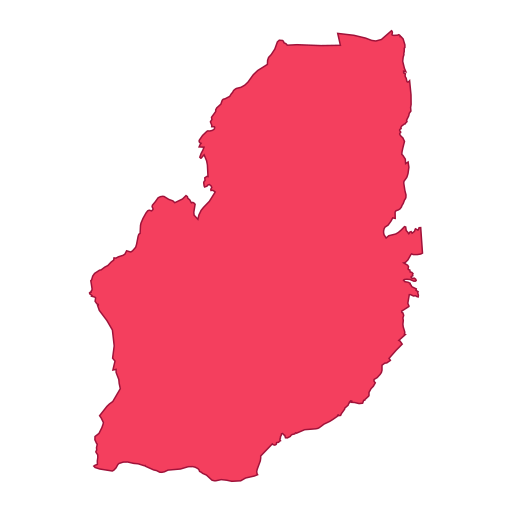 outline of Porumbeni, Harghita, Romania
{"feature_id": "2599482B64869304081158", "entity_name": "Porumbeni", "entity_type": "district", "adm_level": 2, "iso_a3": "ROU", "parent_name": "Romania", "parent_adm1": "Harghita", "projection": "orthographic", "projection_center": [25.126, 46.271], "detail": "fine", "context": "isolated", "style": "filled", "palette": "rose", "viewbox_px": 512, "rotation_deg": 0, "n_neighbors": 0, "source": "geoboundaries", "source_scale": "gbopen_adm2", "svg_char_len": 5998}
<svg xmlns="http://www.w3.org/2000/svg" viewBox="0 0 512 512"><path d="M257.6,474.7L257.0,473.6L256.7,471.5L257.2,469.3L260.3,460.9L260.7,458.1L260.7,456.0L272.3,443.9L272.9,444.5L274.4,445.1L275.6,444.8L276.3,444.2L276.6,442.6L278.6,442.3L279.5,441.2L280.5,440.7L279.8,439.2L280.5,437.9L280.3,437.1L281.3,435.2L281.5,433.8L282.6,433.5L284.0,435.0L284.7,435.3L285.5,437.8L287.4,437.9L290.3,436.4L290.9,435.4L292.1,434.5L294.8,433.9L295.1,433.3L295.8,432.8L296.5,433.2L304.6,429.7L315.8,428.8L317.8,428.4L319.2,427.7L324.0,424.1L329.7,421.4L332.6,419.6L337.2,416.4L337.9,415.0L338.2,414.9L338.5,415.7L340.6,415.4L341.4,413.6L344.6,409.2L344.7,408.2L348.1,405.2L348.8,403.3L349.4,402.9L349.5,402.0L350.8,400.8L351.8,401.2L351.3,402.3L354.6,402.5L359.1,403.6L362.6,403.2L363.7,400.3L364.8,400.2L365.0,399.5L368.7,396.1L369.0,395.3L369.0,392.4L371.0,388.7L373.4,386.2L375.3,382.8L374.2,381.5L374.0,380.7L374.1,379.4L377.2,377.6L380.1,374.4L381.4,372.5L382.0,370.2L382.0,365.2L384.7,363.2L386.8,362.9L390.1,360.6L390.4,360.3L389.0,358.4L396.0,350.4L402.2,344.1L400.0,341.0L398.8,340.4L405.4,334.5L404.4,334.1L404.8,332.2L403.2,326.8L402.9,324.2L403.3,320.4L402.9,318.0L403.7,315.3L402.8,312.8L401.9,312.5L401.7,311.1L408.9,306.5L409.0,306.1L407.8,303.3L409.3,294.6L410.5,294.6L413.5,296.0L415.4,295.7L417.1,296.7L418.2,296.9L418.4,295.2L417.7,292.8L418.1,291.7L416.0,290.3L416.3,288.9L412.0,286.8L411.5,286.3L411.3,285.4L410.1,284.2L410.2,283.3L408.0,282.2L404.9,281.7L403.5,280.2L404.3,279.5L406.7,279.2L410.0,279.5L413.9,281.2L415.6,281.1L416.2,280.4L415.7,279.2L414.3,278.1L412.5,278.4L411.2,277.6L411.2,276.6L412.8,275.7L412.5,274.6L413.0,273.6L411.7,272.3L410.2,272.0L409.8,270.0L408.4,269.5L408.1,268.8L408.5,266.6L407.6,265.2L403.7,262.9L405.4,262.4L407.9,259.9L410.8,254.7L411.6,253.9L413.4,254.6L417.3,254.6L420.8,254.0L422.5,253.1L420.7,227.6L419.1,227.7L418.5,229.5L417.9,230.1L415.5,228.8L415.2,229.2L414.5,231.3L412.1,233.2L411.1,231.6L409.7,232.2L409.1,233.6L408.7,233.8L407.8,232.3L406.2,230.5L405.7,227.0L404.5,226.6L401.2,230.0L398.3,232.5L395.7,234.0L388.8,235.7L386.1,238.0L384.0,234.7L383.6,232.7L383.6,230.9L384.1,228.8L384.9,227.2L388.1,225.1L391.0,221.1L392.7,217.9L395.2,218.4L395.1,212.1L396.0,210.7L398.2,210.0L400.0,208.9L401.5,206.9L401.9,205.6L403.2,203.5L404.6,199.8L405.4,198.8L405.9,197.5L406.0,194.9L404.9,190.6L403.8,183.5L403.8,182.0L404.1,181.1L406.7,177.5L407.2,176.2L408.0,173.6L408.9,167.2L408.1,162.0L405.6,163.6L405.3,159.1L402.9,155.4L401.8,154.4L402.0,151.9L402.8,148.1L404.5,141.4L402.8,137.8L401.1,136.3L399.7,134.4L399.7,133.3L400.6,132.6L400.7,132.0L399.7,130.7L399.6,130.1L399.7,129.5L401.1,128.6L400.8,127.7L401.6,126.1L404.4,124.0L405.3,123.8L405.9,122.6L406.8,121.9L407.0,121.5L406.6,120.4L406.7,119.9L408.7,115.9L409.3,113.2L410.9,111.1L410.6,107.5L411.1,104.5L411.0,94.9L409.6,80.7L408.5,81.9L407.5,82.0L406.9,81.5L406.2,78.2L405.3,76.8L405.1,75.1L405.4,73.8L403.7,73.0L403.6,71.2L405.9,71.8L404.4,68.3L402.7,61.3L403.2,56.9L403.9,54.8L403.8,53.4L404.2,51.6L404.3,48.1L404.9,47.5L404.9,44.9L403.1,38.9L401.0,36.6L400.1,36.6L400.2,35.8L399.4,35.0L398.6,34.7L397.5,35.2L393.8,35.4L392.3,35.1L392.0,34.7L392.4,32.4L392.1,31.3L391.5,30.7L381.4,39.5L375.8,41.0L371.6,40.4L365.6,38.1L353.9,35.3L337.7,33.4L340.4,45.3L320.9,45.6L297.0,44.7L287.3,45.2L286.1,43.8L283.9,42.7L283.5,41.4L282.6,40.5L279.3,40.2L277.4,41.9L274.8,49.1L271.3,54.5L268.6,57.4L267.6,60.3L267.4,64.4L257.7,70.5L253.3,74.7L247.9,82.2L244.7,85.2L241.0,87.3L236.5,88.4L235.4,89.0L233.6,90.5L232.6,92.4L231.4,93.7L229.7,96.4L225.0,98.8L223.3,99.2L222.5,99.9L222.0,100.8L220.9,104.1L216.8,107.8L215.7,109.8L215.7,111.5L211.5,117.3L211.9,119.5L210.4,121.8L211.8,125.3L211.7,126.7L214.5,126.8L214.7,127.5L214.3,129.1L212.3,130.4L209.8,131.0L207.7,130.9L206.8,131.4L202.6,135.4L199.2,140.3L199.2,141.8L200.2,143.0L201.1,143.3L199.9,145.0L199.1,146.9L204.0,147.2L202.8,150.3L201.1,153.5L199.8,157.2L200.8,158.2L201.2,158.1L204.1,154.8L206.6,160.8L207.4,164.9L208.0,176.6L206.9,176.4L204.8,177.8L205.0,180.6L204.1,181.4L203.7,182.7L204.1,185.9L204.6,187.0L206.9,186.2L208.1,184.9L209.3,184.5L211.1,185.9L211.8,187.4L210.8,189.3L211.0,190.5L212.3,190.3L213.5,190.7L215.2,192.0L209.4,201.3L203.5,207.4L201.1,210.4L198.9,215.0L197.9,219.3L194.1,215.2L193.8,212.3L195.1,204.3L194.3,203.3L192.8,202.4L191.4,202.8L189.6,199.7L187.9,198.4L187.4,196.6L186.0,195.6L182.5,199.0L174.8,202.7L172.9,200.9L168.8,199.4L164.1,196.5L162.7,196.3L160.3,196.7L158.1,197.8L155.1,202.0L152.4,205.2L152.1,206.7L153.0,208.6L153.0,209.5L151.6,210.9L149.2,210.2L147.7,210.8L146.0,213.0L143.0,218.4L141.0,223.1L140.5,225.4L140.1,233.4L138.8,234.3L138.1,236.4L136.6,244.2L135.7,247.2L132.6,250.8L130.8,252.0L126.6,250.8L124.9,254.1L123.1,255.3L118.4,256.8L116.0,258.1L114.0,257.9L113.7,260.1L111.2,262.0L107.9,265.5L104.8,267.1L101.1,269.9L99.5,270.2L94.6,273.4L92.7,276.1L91.6,279.9L90.8,280.7L92.1,289.0L91.8,290.4L91.0,291.3L91.2,291.8L91.1,292.3L90.0,292.4L89.5,292.9L89.8,293.9L91.9,295.4L91.5,296.2L94.8,297.1L95.6,297.9L95.1,301.3L97.0,304.0L98.2,304.4L98.3,305.1L97.6,305.5L99.3,310.4L106.9,320.5L112.4,330.0L114.2,345.9L112.6,358.2L115.0,361.1L112.9,370.0L116.1,369.4L116.1,372.4L118.8,379.5L119.2,383.5L120.3,388.7L112.8,401.5L109.4,404.0L106.9,406.4L99.6,415.7L101.2,418.0L103.4,422.5L103.1,424.1L101.8,427.8L99.0,433.4L95.0,436.5L94.9,439.8L96.7,443.7L97.3,444.2L96.5,447.6L96.7,450.1L95.9,451.5L96.0,452.3L97.7,454.8L97.8,457.5L97.3,461.0L97.4,464.4L95.1,465.2L93.8,466.1L95.1,467.5L99.7,469.0L112.3,471.0L113.8,470.2L116.0,467.9L117.8,464.6L118.9,463.5L123.2,462.1L127.6,462.0L133.7,463.4L138.2,463.8L144.5,465.8L145.0,465.5L145.6,466.3L153.6,469.9L156.6,470.6L159.7,472.2L161.8,472.3L164.4,471.8L168.0,470.1L180.5,469.0L188.2,466.7L192.8,466.6L195.2,467.2L197.9,468.6L199.0,469.8L199.6,471.4L201.5,472.4L202.5,473.3L206.5,475.1L212.0,480.2L214.5,480.8L215.7,480.8L221.2,479.6L226.7,480.2L231.8,481.3L240.7,480.8L245.6,478.0L254.4,476.0L257.6,474.7Z" fill="#f43f5e" stroke="#9f1239" stroke-width="1.5"/></svg>